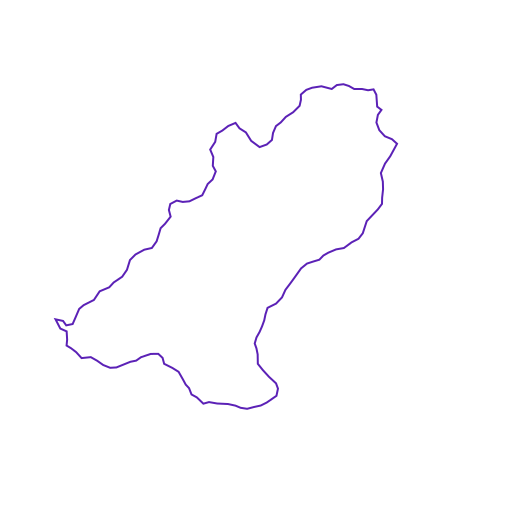 outline of Lavrinhas, São Paulo, Brazil, rotated 227°
{"feature_id": "56859067B26910612895696", "entity_name": "Lavrinhas", "entity_type": "district", "adm_level": 2, "iso_a3": "BRA", "parent_name": "Brazil", "parent_adm1": "São Paulo", "projection": "natural_earth1", "projection_center": [-44.888, -22.522], "detail": "fine", "context": "isolated", "style": "outline", "palette": "violet", "viewbox_px": 512, "rotation_deg": 227, "n_neighbors": 0, "source": "geoboundaries", "source_scale": "gbopen_adm2", "svg_char_len": 1993}
<svg xmlns="http://www.w3.org/2000/svg" viewBox="0 0 512 512"><g transform="rotate(227 256 256)"><path d="M141.5,163.9L139.8,175.6L144.0,181.6L149.2,183.8L158.8,183.1L168.0,183.2L175.9,183.8L182.9,190.1L188.1,193.3L192.9,195.4L196.1,200.8L198.0,206.8L200.4,212.4L203.3,218.1L206.9,223.2L210.2,229.1L207.5,238.2L208.0,246.8L211.2,254.5L212.5,262.0L213.8,268.8L216.2,280.5L215.7,288.1L213.0,293.9L210.1,299.8L210.4,305.6L209.1,311.2L206.2,319.1L201.9,325.7L200.8,335.2L198.7,342.7L199.8,349.6L202.8,355.0L206.0,360.8L206.5,368.9L207.0,376.9L208.2,383.7L212.6,388.0L218.1,394.4L223.9,399.5L231.5,403.9L235.6,413.4L237.4,422.2L241.9,435.7L248.7,435.1L255.7,431.9L263.9,432.0L271.5,435.1L276.1,441.4L277.3,447.4L282.6,446.5L291.9,454.0L297.7,455.6L300.8,451.0L305.9,447.4L311.2,441.7L317.0,439.9L322.0,437.1L325.9,431.7L326.5,425.3L335.5,419.6L340.8,411.8L343.2,406.1L343.5,398.9L339.6,395.4L336.1,390.3L335.8,381.2L337.4,372.7L336.8,365.2L337.4,359.2L334.4,352.4L330.0,346.8L330.2,339.9L333.2,332.9L343.5,331.0L353.3,332.9L360.6,331.0L367.3,331.8L370.0,324.4L370.7,316.9L372.2,310.5L367.3,304.0L365.1,295.1L357.5,292.3L351.4,285.9L345.3,284.3L341.6,276.5L341.6,269.8L339.5,264.5L337.1,258.1L339.3,251.5L341.4,244.6L345.5,239.3L350.6,235.8L352.5,228.8L349.1,223.7L343.0,220.4L341.6,211.4L341.4,205.2L337.9,199.3L334.5,193.3L332.9,185.3L336.8,178.6L339.3,168.9L339.0,161.1L333.9,152.2L332.1,144.0L333.7,133.9L333.2,127.3L336.8,117.6L334.4,107.5L337.6,96.4L337.9,90.6L334.5,82.9L331.3,75.5L334.7,69.9L340.1,70.6L346.4,66.2L336.4,63.4L330.0,66.1L323.6,60.8L319.7,56.4L314.8,57.8L308.3,58.9L300.3,58.8L294.7,66.2L287.7,68.4L280.5,69.9L273.7,73.1L269.7,77.9L264.3,92.0L261.2,97.0L260.4,102.9L256.2,112.2L251.1,117.8L245.2,118.2L239.8,115.3L231.2,118.5L224.1,120.4L215.6,118.4L209.9,116.9L205.0,116.9L198.7,114.4L193.0,116.3L183.9,116.8L181.2,122.0L174.6,127.0L166.8,134.6L160.6,138.9L155.5,141.2L150.3,145.3L146.9,151.6L143.4,157.5L141.5,163.9Z" fill="none" stroke="#5b21b6" stroke-width="2"/></g></svg>